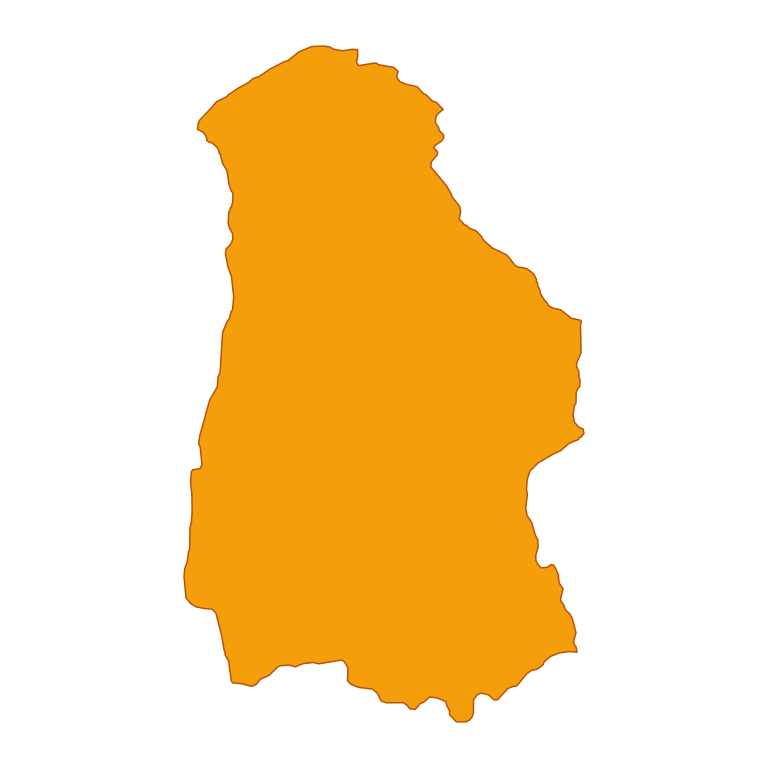 San Pedro Pinula, Jalapa, Guatemala (orthographic projection)
{"feature_id": "79465075B26197491104474", "entity_name": "San Pedro Pinula", "entity_type": "district", "adm_level": 2, "iso_a3": "GTM", "parent_name": "Guatemala", "parent_adm1": "Jalapa", "projection": "orthographic", "projection_center": [-89.845, 14.713], "detail": "fine", "context": "isolated", "style": "filled", "palette": "amber", "viewbox_px": 768, "rotation_deg": 0, "n_neighbors": 0, "source": "geoboundaries", "source_scale": "gbopen_adm2", "svg_char_len": 3388}
<svg xmlns="http://www.w3.org/2000/svg" viewBox="0 0 768 768"><path d="M357.6,49.6L352.0,49.3L342.5,50.8L333.0,49.1L329.9,46.9L323.2,46.1L311.8,46.5L299.1,51.8L287.7,60.7L284.2,61.7L270.4,68.8L258.8,76.6L253.2,78.5L248.0,82.9L238.7,87.9L228.6,94.6L226.1,97.0L216.5,101.7L211.5,107.7L199.9,119.9L198.3,123.0L197.5,129.4L203.0,132.0L205.9,135.9L206.7,138.6L206.8,140.3L207.7,141.4L212.2,143.1L216.6,146.8L218.6,150.0L219.2,153.3L220.5,154.7L220.9,156.7L221.3,158.7L222.7,163.5L227.0,170.8L229.0,184.4L231.1,190.7L233.0,193.4L232.7,202.0L231.4,206.7L230.2,208.1L230.3,209.8L228.7,212.1L228.2,222.9L229.2,227.4L232.5,233.6L232.8,239.3L230.6,244.3L226.0,249.2L225.4,253.7L228.0,267.1L231.5,276.7L233.7,296.8L232.5,309.9L231.1,311.7L229.7,317.7L227.0,321.9L222.6,332.2L220.1,372.1L218.0,377.3L217.3,386.9L209.7,400.0L199.9,435.2L198.6,443.6L200.2,447.2L201.9,464.2L200.9,467.3L199.9,468.7L192.7,469.8L191.4,471.6L190.6,482.9L191.9,494.7L192.1,512.4L191.5,521.6L190.0,527.8L189.6,549.5L188.7,550.8L187.0,562.7L184.8,568.4L184.0,576.3L186.0,597.9L190.9,603.8L195.7,606.7L203.9,608.5L211.8,609.1L215.9,613.0L221.6,635.3L224.1,650.4L225.2,651.8L225.0,654.7L228.6,660.9L231.3,681.0L232.5,682.8L242.1,683.8L251.3,686.2L254.1,685.6L256.9,683.7L260.1,679.5L269.5,675.0L277.7,666.9L280.8,665.7L289.3,665.1L295.3,666.8L303.2,663.6L312.8,662.5L318.9,663.8L341.6,660.0L344.3,661.6L348.0,668.0L347.5,680.5L350.8,684.3L358.5,687.4L372.6,689.1L377.6,693.6L381.2,701.0L386.4,702.8L403.4,702.7L407.5,705.7L409.9,708.9L415.3,709.4L420.3,703.4L423.4,702.4L429.8,697.0L437.1,697.9L445.9,701.6L446.8,705.8L449.4,710.3L449.6,714.8L456.3,721.8L465.8,721.9L469.7,720.0L472.4,716.5L473.4,712.9L473.6,699.8L476.9,695.2L480.3,693.2L484.7,693.8L488.5,694.9L494.3,700.0L497.6,699.7L507.9,688.5L513.0,686.4L516.8,685.9L526.7,673.8L531.8,670.2L535.7,669.6L539.6,667.6L543.3,664.4L543.6,662.8L546.1,659.9L550.8,656.3L559.5,652.9L568.5,651.6L577.0,652.1L576.0,646.6L574.5,645.0L573.5,641.7L576.0,632.7L572.4,618.7L569.9,614.1L565.4,609.8L563.8,605.2L560.4,600.1L563.0,588.7L559.2,583.1L558.3,574.6L554.8,566.8L553.3,565.0L551.1,564.7L547.3,567.3L541.2,567.9L538.4,565.1L535.8,560.2L535.8,555.0L538.1,547.0L537.8,539.6L535.2,534.8L531.7,522.5L527.1,515.4L525.7,508.2L527.4,494.0L526.5,489.8L527.2,479.6L529.9,471.1L537.9,463.1L552.1,454.7L560.4,450.8L569.1,443.4L578.7,439.3L579.2,437.7L581.2,437.0L584.0,433.4L583.1,429.1L578.7,427.1L574.4,422.1L573.1,415.4L574.3,405.8L576.0,402.9L576.2,392.7L577.3,389.4L579.8,386.4L580.0,379.5L579.1,378.4L578.8,371.7L576.4,365.8L577.1,361.8L581.1,352.7L580.5,325.2L581.3,322.0L580.7,320.3L571.1,318.1L560.7,309.8L553.0,308.2L548.3,305.5L546.3,301.8L544.5,300.3L540.6,293.8L539.4,288.5L538.2,287.2L537.5,282.8L536.4,281.4L536.4,279.2L533.7,274.0L527.5,269.1L522.6,267.5L518.6,267.3L515.2,265.6L506.9,255.0L492.3,248.0L483.8,240.5L481.0,235.9L476.3,231.0L469.0,228.0L466.7,225.5L464.6,224.9L459.2,219.0L460.7,211.5L459.7,206.5L451.7,196.2L451.3,194.0L446.5,185.8L430.9,167.0L431.3,161.9L437.3,154.8L437.5,151.9L434.0,148.0L434.0,146.4L442.1,140.6L443.7,137.8L443.5,134.9L439.3,130.4L438.4,127.1L435.4,122.6L435.9,116.9L437.5,114.1L443.1,109.4L436.4,102.4L432.1,100.9L426.2,94.8L423.7,93.9L417.2,86.8L405.6,84.1L399.6,81.5L396.7,76.7L398.1,71.4L393.7,67.3L378.1,64.6L376.9,63.4L374.7,63.0L358.8,65.6L356.5,62.5L357.7,55.9L357.6,49.6Z" fill="#f59e0b" stroke="#b45309" stroke-width="1.5"/></svg>